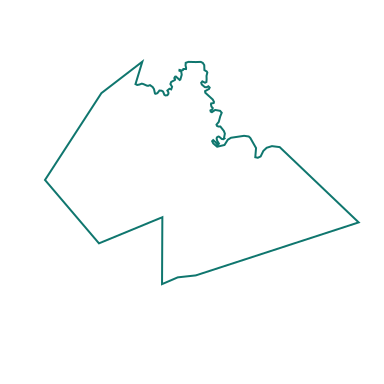 outline of Franklin, Virginia, United States of America, rotated 318°
{"feature_id": "52423323B87493021835120", "entity_name": "Franklin", "entity_type": "district", "adm_level": 2, "iso_a3": "USA", "parent_name": "United States of America", "parent_adm1": "Virginia", "projection": "mercator", "projection_center": [-76.922, 36.678], "detail": "fine", "context": "isolated", "style": "outline", "palette": "teal", "viewbox_px": 384, "rotation_deg": 318, "n_neighbors": 0, "source": "geoboundaries", "source_scale": "gbopen_adm2", "svg_char_len": 1672}
<svg xmlns="http://www.w3.org/2000/svg" viewBox="0 0 384 384"><g transform="rotate(318 192 192)"><path d="M242.3,61.9L190.8,57.9L90.8,84.7L88.5,167.9L153.1,190.9L108.1,240.4L124.3,245.9L139.0,256.5L295.5,326.1L287.2,217.3L282.1,211.4L277.1,209.1L272.5,209.2L266.8,211.5L263.8,210.6L262.3,208.5L269.0,202.2L271.5,190.8L271.3,188.7L268.3,185.1L257.3,177.8L253.6,177.1L247.6,178.8L241.0,175.2L240.3,170.1L241.0,167.7L242.5,167.6L242.8,170.3L242.8,174.2L244.4,174.1L245.0,170.8L246.0,168.8L247.0,168.1L248.7,168.4L249.2,169.2L249.6,172.5L250.7,173.8L252.0,173.9L251.9,173.3L255.5,170.6L256.5,168.0L256.9,162.3L255.4,161.0L254.8,159.5L255.3,158.3L258.8,157.8L263.6,154.7L267.1,153.0L267.2,150.5L264.1,146.5L260.2,146.0L259.7,144.8L260.3,143.7L262.4,144.2L263.6,143.5L263.6,141.5L264.7,139.6L265.5,139.0L267.6,140.4L268.6,139.8L269.3,137.2L268.3,127.1L269.2,125.8L273.6,126.8L275.0,126.2L274.9,124.4L272.9,123.9L271.7,122.6L271.2,118.7L271.9,117.0L273.7,116.7L274.8,119.5L276.3,119.9L278.3,118.0L280.5,115.4L283.3,113.5L283.6,112.4L282.8,109.7L286.0,105.9L286.4,103.3L285.6,101.2L281.8,98.0L276.4,92.9L273.8,91.8L271.9,93.6L270.6,95.9L269.8,96.6L267.9,94.8L266.8,95.3L265.7,94.8L264.4,92.9L263.8,93.4L264.6,95.3L262.8,98.0L258.6,100.6L257.8,100.5L257.3,95.4L256.6,95.0L255.1,95.5L255.0,96.8L254.3,97.3L250.2,96.3L248.2,97.3L247.6,100.5L245.2,101.8L244.3,100.2L241.6,100.1L241.1,102.2L240.2,103.2L238.5,103.6L236.9,102.5L236.5,101.3L237.7,98.0L237.2,96.4L235.7,94.8L232.4,95.4L230.7,94.7L230.4,94.0L232.6,90.1L233.0,87.7L232.3,84.5L230.4,83.7L229.6,82.7L228.1,79.3L227.2,77.9L224.7,76.9L222.9,75.8L222.2,74.0L242.3,61.9Z" fill="none" stroke="#0f766e" stroke-width="2"/></g></svg>